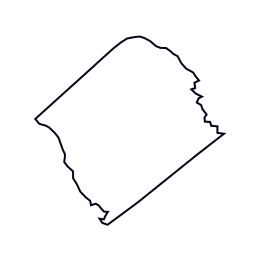 Ibema, Paraná, Brazil (Robinson projection), rotated 314°
{"feature_id": "56859067B69632194829853", "entity_name": "Ibema", "entity_type": "district", "adm_level": 2, "iso_a3": "BRA", "parent_name": "Brazil", "parent_adm1": "Paraná", "projection": "robinson", "projection_center": [-53.02, -25.153], "detail": "fine", "context": "isolated", "style": "outline", "palette": "ink", "viewbox_px": 256, "rotation_deg": 314, "n_neighbors": 0, "source": "geoboundaries", "source_scale": "gbopen_adm2", "svg_char_len": 943}
<svg xmlns="http://www.w3.org/2000/svg" viewBox="0 0 256 256"><g transform="rotate(314 128 128)"><path d="M70.1,55.0L69.4,61.3L72.6,67.3L73.6,71.0L73.6,79.0L72.8,84.7L67.1,96.2L65.3,100.9L62.7,103.2L59.2,105.8L58.4,111.3L58.6,118.6L53.7,123.5L52.0,130.5L49.1,137.7L48.8,145.6L49.3,151.5L46.8,155.1L51.1,157.4L52.0,161.0L51.4,164.7L51.2,169.0L53.7,171.8L49.3,172.7L45.5,174.1L43.0,170.5L41.9,175.4L44.2,180.5L81.2,186.7L157.5,196.3L190.5,201.0L186.6,195.7L191.3,191.2L187.4,186.3L189.4,182.8L186.0,178.9L188.5,175.8L192.3,175.2L193.3,168.4L195.3,164.7L194.1,159.8L198.4,158.2L201.9,159.4L199.8,152.8L199.8,146.7L203.4,148.6L206.7,144.4L211.5,146.1L212.1,140.9L213.2,136.4L211.1,128.7L211.6,121.6L214.1,113.7L212.8,109.2L212.7,105.0L212.0,99.9L208.1,95.6L206.3,91.1L205.9,83.5L204.2,77.6L202.1,73.1L199.5,70.8L195.4,67.7L191.6,65.1L184.1,63.4L175.3,62.2L152.7,60.6L148.5,60.4L70.1,55.0Z" fill="none" stroke="#020617" stroke-width="2"/></g></svg>